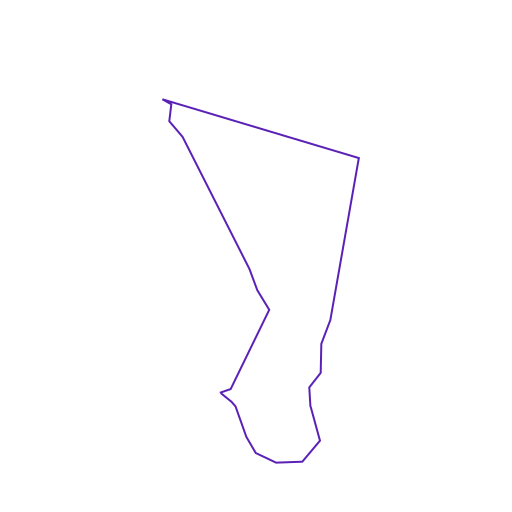 Capital Hill, Castries, Saint Lucia, rotated 224°
{"feature_id": "8701671B59019630539263", "entity_name": "Capital Hill", "entity_type": "district", "adm_level": 2, "iso_a3": "LCA", "parent_name": "Saint Lucia", "parent_adm1": "Castries", "projection": "robinson", "projection_center": [-60.991, 13.993], "detail": "fine", "context": "isolated", "style": "outline", "palette": "violet", "viewbox_px": 512, "rotation_deg": 224, "n_neighbors": 0, "source": "geoboundaries", "source_scale": "gbopen_adm2", "svg_char_len": 475}
<svg xmlns="http://www.w3.org/2000/svg" viewBox="0 0 512 512"><g transform="rotate(224 256 256)"><path d="M432.2,303.7L422.3,306.3L412.0,292.7L391.6,290.7L251.7,242.1L231.3,232.3L209.1,226.5L181.8,142.7L186.5,133.4L185.2,133.0L172.3,134.1L166.3,133.6L137.3,119.2L119.3,114.1L98.0,121.3L79.8,140.2L81.7,167.6L111.2,185.1L112.6,185.8L126.4,198.5L128.3,216.9L148.0,238.2L158.0,261.5L249.6,397.2L250.0,397.9L432.2,303.7Z" fill="none" stroke="#5b21b6" stroke-width="2"/></g></svg>